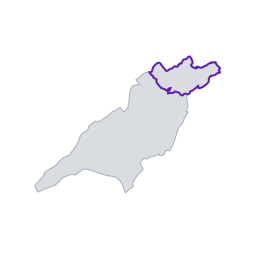 Georgia, with Kakheti highlighted, rotated 301°
{"feature_id": "GEO-3033", "entity_name": "Kakheti", "entity_type": "Region", "adm_level": 1, "iso_a3": "GEO", "parent_name": "Georgia", "parent_adm1": "", "projection": "equal_earth", "projection_center": [45.882, 41.802], "detail": "medium", "context": "in_parent", "style": "outline", "palette": "violet", "viewbox_px": 256, "rotation_deg": 301, "n_neighbors": 0, "source": "natural_earth", "source_scale": "10m", "svg_char_len": 3927}
<svg xmlns="http://www.w3.org/2000/svg" viewBox="0 0 256 256"><g transform="rotate(301 128 128)"><path d="M129.8,175.5L129.9,174.8L129.6,173.6L128.7,172.8L127.4,172.2L124.9,172.4L122.7,171.9L121.1,170.4L120.7,169.2L121.7,168.3L121.0,167.5L118.2,165.7L113.7,161.2L111.1,160.1L110.1,157.3L109.1,156.7L106.9,156.4L104.6,156.7L104.1,157.0L103.4,157.5L101.5,161.0L100.2,162.2L97.1,161.7L94.6,160.8L92.5,160.4L88.4,160.1L83.8,160.0L80.6,162.5L79.3,162.2L76.9,161.0L73.1,159.9L71.1,159.1L77.1,151.6L79.0,147.2L79.1,144.5L79.2,141.1L76.3,134.1L73.9,124.1L71.5,113.8L69.5,110.7L60.7,107.1L58.8,103.0L52.2,97.8L42.8,95.5L40.9,94.6L32.9,88.0L26.7,83.8L28.1,81.3L30.0,78.6L32.0,77.9L37.8,79.0L43.1,80.2L47.0,79.3L51.5,81.4L55.7,83.9L59.9,85.6L68.2,87.2L71.2,89.4L74.8,91.7L88.9,92.8L90.0,92.5L91.1,92.2L95.8,91.3L100.0,91.5L104.4,94.2L107.3,94.1L110.3,93.6L114.2,95.1L117.2,96.7L117.5,98.4L120.1,100.7L127.9,104.4L134.2,106.4L136.2,107.9L141.0,110.3L141.4,111.1L141.3,112.0L139.9,113.8L139.6,115.4L140.2,116.3L142.2,117.2L146.2,117.4L147.6,116.3L150.6,115.5L153.6,114.0L157.5,112.0L162.8,110.2L165.0,110.2L167.0,110.8L168.5,111.8L170.8,115.4L173.3,110.3L173.9,109.9L176.1,111.0L180.0,112.4L182.6,113.1L184.1,114.2L188.2,118.9L194.8,118.6L197.6,119.4L199.1,120.1L199.8,121.0L198.6,125.7L197.0,130.6L197.1,131.8L199.8,133.6L203.4,135.5L205.3,137.1L206.7,138.5L209.5,139.6L212.9,140.2L214.5,140.3L216.2,141.5L220.6,143.7L221.2,144.2L220.4,145.7L218.7,148.2L217.3,149.6L215.8,149.8L214.2,150.4L213.7,151.8L213.6,153.6L213.9,154.8L214.3,155.3L215.8,155.7L217.4,159.5L219.8,161.4L223.6,163.6L227.0,166.1L228.6,168.4L228.3,170.0L227.2,173.4L224.4,176.3L222.1,177.0L221.3,176.8L219.7,175.9L216.7,173.7L213.3,171.9L210.7,172.5L209.1,173.1L205.7,172.4L201.8,170.8L199.7,169.4L198.8,168.3L199.4,166.3L190.5,162.8L186.1,161.8L184.2,162.9L177.6,168.2L176.8,168.7L171.8,169.4L171.8,169.9L172.9,171.0L172.7,171.4L164.2,171.5L161.4,172.2L153.9,171.3L151.4,171.7L149.3,172.5L144.2,173.5L140.6,174.6L136.1,175.2L131.4,175.2L129.8,175.5Z" fill="#d9dde1" stroke="#a8b0b8" stroke-width="1"/><path d="M186.9,117.7L187.5,118.9L188.5,119.3L189.8,119.1L192.3,118.4L194.0,118.4L196.6,118.9L198.9,119.8L200.2,121.2L200.1,122.1L196.6,131.0L196.9,131.9L197.8,132.5L199.0,133.0L202.3,135.3L204.5,135.8L204.9,136.2L205.7,138.3L206.1,138.8L206.5,139.0L207.1,139.0L207.9,138.6L208.9,139.2L209.9,139.1L210.2,139.3L210.4,140.2L211.1,140.5L212.0,140.5L214.3,140.1L214.9,140.2L215.7,140.8L217.0,142.3L217.9,142.7L219.7,142.9L220.4,143.3L221.2,144.3L220.0,146.6L219.4,147.6L217.6,149.6L217.2,149.8L216.5,149.9L215.1,149.6L214.4,149.6L213.8,150.2L213.6,151.6L213.6,153.6L214.0,155.4L214.8,156.1L215.1,155.9L215.4,155.2L215.8,155.2L216.6,156.7L216.9,158.5L217.1,159.4L217.7,160.1L219.3,161.2L220.2,161.5L221.7,162.8L224.7,164.0L226.2,164.9L226.6,166.0L227.1,165.8L227.4,166.0L229.1,168.4L229.3,169.0L229.0,169.0L228.7,169.4L228.6,170.6L227.8,171.5L227.5,172.6L227.1,175.2L226.5,176.1L225.9,176.2L224.7,176.0L224.1,176.4L223.3,178.0L222.6,178.1L222.1,177.7L221.2,176.6L220.7,176.2L218.9,175.6L218.3,175.2L216.5,173.6L215.1,172.0L214.5,171.8L212.2,171.8L211.6,172.0L210.0,173.0L209.4,173.2L208.6,173.3L207.2,173.1L202.6,171.5L200.5,170.2L199.2,169.1L198.5,168.0L199.2,167.1L200.3,166.7L200.3,166.4L199.6,166.1L197.6,165.7L193.2,164.0L191.8,162.6L191.3,162.5L189.7,162.9L189.2,162.8L187.7,162.1L187.6,161.4L187.2,160.4L187.0,159.4L186.4,158.6L185.5,158.3L184.5,158.2L183.9,157.9L183.6,156.0L184.6,153.7L184.0,151.5L183.8,150.2L183.3,149.2L182.1,149.1L181.1,148.3L180.4,147.2L179.7,146.4L179.2,145.2L178.3,144.6L179.1,143.8L180.0,143.2L181.7,144.3L184.1,143.9L183.0,142.7L180.1,142.0L179.9,140.7L180.3,139.7L179.8,138.4L179.7,137.3L179.4,135.7L179.8,134.8L180.3,132.6L180.8,131.6L181.5,129.6L182.2,128.7L183.0,128.0L184.2,127.7L184.5,126.2L184.1,124.6L184.4,123.7L185.1,123.1L185.6,122.1L185.5,120.9L185.9,119.1L186.9,117.7Z" fill="none" stroke="#5b21b6" stroke-width="2"/></g></svg>